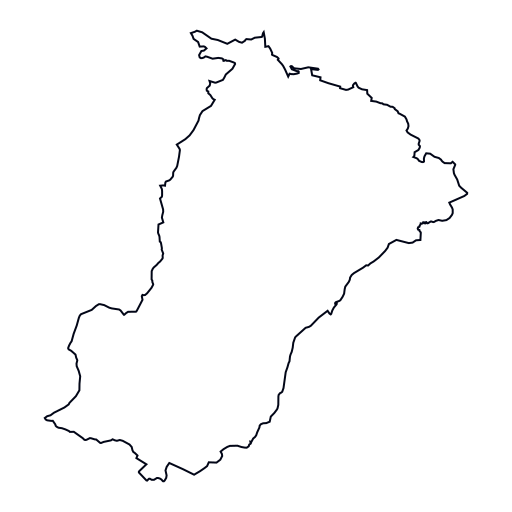 Neaua, Mures, Romania
{"feature_id": "2599482B91391358994256", "entity_name": "Neaua", "entity_type": "district", "adm_level": 2, "iso_a3": "ROU", "parent_name": "Romania", "parent_adm1": "Mures", "projection": "equal_earth", "projection_center": [24.842, 46.484], "detail": "fine", "context": "isolated", "style": "outline", "palette": "ink", "viewbox_px": 512, "rotation_deg": 0, "n_neighbors": 0, "source": "geoboundaries", "source_scale": "gbopen_adm2", "svg_char_len": 5953}
<svg xmlns="http://www.w3.org/2000/svg" viewBox="0 0 512 512"><path d="M194.1,474.7L200.0,471.2L204.5,468.1L207.1,466.1L208.8,462.3L216.5,462.6L220.3,459.7L222.2,456.0L221.9,453.9L220.6,451.6L223.5,449.2L227.3,446.9L229.9,445.9L237.4,445.7L241.4,447.0L244.7,447.6L246.7,447.7L248.7,446.3L249.2,444.6L250.6,443.7L250.9,443.1L250.3,441.9L250.3,441.6L251.3,442.0L253.2,438.5L255.0,437.0L256.2,435.3L257.2,432.3L259.4,427.5L259.7,425.6L260.9,424.2L263.1,423.3L266.3,423.1L269.7,421.7L270.8,416.6L274.3,413.0L277.0,409.4L277.5,408.4L278.3,404.9L278.4,396.3L278.7,394.8L280.2,393.0L281.1,392.7L282.2,391.8L283.5,388.1L285.7,372.2L287.4,367.4L288.6,363.1L289.5,361.3L290.0,356.4L290.6,354.4L291.7,351.9L292.7,347.7L293.3,342.7L295.1,337.5L295.7,336.7L305.6,327.8L308.9,326.9L310.8,325.8L318.7,317.6L327.6,310.8L329.5,313.6L330.7,314.4L331.2,313.9L332.3,310.5L333.9,307.5L336.6,304.3L336.7,303.7L335.2,303.8L335.1,303.4L335.3,302.7L336.0,302.1L338.9,301.1L340.3,300.3L342.6,296.8L344.1,293.7L344.7,289.1L345.3,286.6L348.8,281.9L349.8,279.7L350.1,277.6L351.7,275.0L354.0,273.1L363.0,267.7L366.2,265.3L368.1,265.5L370.4,263.4L373.6,261.5L378.8,257.5L385.1,251.0L387.6,247.7L388.9,244.0L396.4,239.9L408.8,243.1L412.6,242.6L416.0,240.3L420.4,240.0L420.8,232.7L420.5,232.0L419.7,231.3L419.4,230.0L418.2,229.7L417.7,228.7L418.1,227.3L419.4,226.8L419.6,226.3L419.6,225.6L420.6,224.4L420.7,223.4L422.0,223.6L422.7,223.4L423.2,223.0L423.1,222.4L423.9,222.2L424.5,222.7L424.7,223.3L425.5,223.4L425.9,223.1L425.9,222.2L426.3,222.1L427.4,223.3L428.3,223.1L429.3,222.3L431.0,221.4L433.2,222.1L434.2,221.9L435.8,220.9L438.5,220.0L442.2,220.8L446.4,220.1L449.6,218.0L452.0,214.8L452.7,213.1L452.7,209.5L452.0,207.6L450.1,204.5L449.3,202.6L464.3,196.0L467.1,193.9L467.2,192.8L461.1,187.7L459.2,185.7L457.2,179.5L454.5,174.7L453.9,173.1L453.4,169.2L455.2,164.9L455.2,164.4L452.6,161.8L450.8,163.3L444.6,163.1L442.6,161.7L441.5,160.5L441.1,159.7L438.8,158.0L434.5,156.8L430.2,153.7L426.2,153.3L424.5,156.3L424.1,157.7L423.9,158.6L424.0,161.5L423.6,161.9L422.9,162.1L421.7,162.0L419.0,160.8L418.0,159.3L416.8,158.3L413.4,157.0L413.9,156.5L414.4,155.4L414.6,152.2L418.4,150.0L419.6,147.9L419.9,146.9L419.9,146.1L418.7,144.7L418.7,143.6L419.5,141.3L419.6,140.4L419.3,139.7L418.3,138.5L410.6,134.6L407.6,132.4L406.5,130.5L407.8,128.6L408.2,127.2L408.5,126.1L408.2,123.7L407.0,121.2L406.5,119.4L404.9,116.6L399.8,113.8L398.5,113.3L397.7,111.3L394.8,109.1L394.6,108.2L392.6,106.8L390.5,106.7L387.1,104.8L383.4,104.3L382.4,103.4L380.4,103.2L376.3,101.6L371.2,100.9L371.7,97.9L367.3,93.7L367.1,90.1L362.0,89.3L358.6,87.7L357.6,86.5L355.8,82.8L355.5,82.7L354.2,83.6L353.0,85.2L352.9,85.9L353.3,87.2L348.1,89.6L346.0,89.9L340.1,88.2L340.2,86.6L328.4,83.2L320.2,80.3L320.5,77.3L312.2,75.3L311.1,69.3L312.8,69.3L317.9,69.9L318.5,69.4L318.0,68.7L308.3,67.3L300.9,69.0L294.1,68.3L291.7,66.1L290.9,66.1L290.4,66.5L291.9,69.3L296.9,71.2L298.1,71.1L298.7,71.5L298.7,73.0L297.0,73.6L293.7,74.2L291.4,74.1L289.6,73.7L288.2,76.6L285.2,69.8L283.2,66.0L281.9,64.2L277.8,59.8L278.6,58.7L278.4,58.3L277.0,57.0L272.2,54.9L272.0,54.6L272.2,52.9L270.2,48.6L268.5,46.2L265.3,46.8L264.9,38.8L263.7,32.2L263.0,33.2L262.1,36.7L261.4,37.0L254.8,37.7L251.2,39.5L246.4,39.1L245.6,39.7L244.9,40.8L242.0,42.7L239.1,41.9L235.2,39.6L227.3,43.8L217.8,40.0L211.4,38.7L202.2,32.3L196.8,30.7L194.8,31.8L190.9,33.1L192.5,35.8L193.6,38.9L198.1,42.0L199.7,46.6L203.8,46.4L205.0,46.9L206.5,48.4L203.9,50.6L201.4,51.0L199.1,55.1L199.7,57.4L200.8,58.1L202.0,58.1L203.7,57.6L205.4,56.4L207.0,56.7L212.6,58.7L218.3,57.9L221.9,58.4L223.4,59.4L223.3,60.7L223.8,60.9L225.8,60.1L226.8,60.8L229.2,60.8L233.8,62.5L234.9,63.1L235.1,64.0L232.4,68.8L225.8,74.5L224.3,77.6L222.9,79.9L216.1,82.6L215.1,82.7L209.5,81.0L210.2,83.2L209.7,85.6L206.9,88.1L206.6,89.1L206.8,90.7L208.3,91.5L208.3,93.3L210.3,95.0L212.4,98.3L213.3,99.1L214.7,99.8L211.0,105.9L202.5,111.1L199.9,115.1L199.0,118.2L198.5,120.6L193.5,130.1L189.6,135.4L185.3,139.2L176.8,144.6L179.6,148.9L179.9,150.1L179.0,156.8L177.2,165.9L176.4,167.8L173.6,171.6L173.2,172.7L173.1,175.5L172.8,176.6L170.3,179.6L169.2,180.4L166.0,181.5L165.4,182.4L165.0,185.7L163.2,185.4L160.2,185.7L161.9,189.1L162.1,191.1L162.1,195.3L161.9,196.7L160.0,198.5L163.1,209.4L163.2,211.8L162.3,215.2L161.9,217.6L163.3,222.4L158.5,224.5L158.0,232.4L158.3,233.6L159.2,235.6L159.5,236.9L159.8,241.6L160.7,242.2L161.0,243.1L161.9,248.2L161.7,249.6L163.2,253.5L162.6,255.4L162.7,258.0L162.4,258.7L160.1,261.5L158.3,263.0L156.7,264.9L153.7,267.5L152.7,268.9L151.7,271.1L151.6,279.4L152.3,280.6L152.4,282.2L153.1,283.9L153.2,284.5L152.9,285.2L151.5,287.8L147.1,293.3L145.1,295.0L143.5,295.2L142.5,294.9L141.8,296.2L142.5,299.8L137.2,310.0L136.3,311.5L135.9,311.7L128.1,311.8L126.2,313.0L124.2,314.8L123.9,314.8L120.6,310.5L119.1,309.5L111.7,308.4L109.3,307.7L104.2,305.1L100.2,304.2L98.9,304.2L96.0,306.0L91.7,309.9L81.0,314.2L79.8,315.6L78.9,317.7L76.7,325.6L73.7,333.7L71.6,341.3L70.4,343.0L69.1,345.5L68.2,347.9L68.2,348.5L68.7,349.4L71.2,350.8L75.5,354.6L76.2,357.7L77.1,359.7L77.3,360.4L76.5,363.6L76.7,366.2L78.7,370.9L80.2,376.3L79.5,383.7L79.4,390.3L75.9,396.2L69.5,402.8L68.7,404.4L64.4,407.5L54.0,412.7L50.5,415.3L47.2,416.2L44.8,418.0L45.7,419.5L47.1,420.3L51.4,420.9L52.8,420.8L55.3,424.4L55.7,425.8L56.6,426.7L58.4,427.7L61.9,428.2L65.4,429.4L68.9,431.0L69.9,431.9L73.8,431.8L82.7,438.1L84.4,439.8L85.4,440.0L86.5,439.8L89.9,438.1L91.2,438.3L94.8,439.4L96.2,439.5L100.2,442.9L101.0,443.0L103.7,441.9L110.9,440.4L112.6,439.3L114.8,440.3L116.9,440.8L119.8,440.0L122.7,440.8L129.5,444.5L131.7,447.0L132.5,450.4L133.5,452.2L134.4,452.6L137.5,455.5L136.4,458.1L146.4,464.3L139.5,470.9L138.9,471.6L138.9,472.5L146.4,480.4L147.1,480.6L148.9,478.8L149.8,478.7L151.7,479.8L154.0,479.8L156.9,478.0L158.0,478.0L159.8,478.5L161.4,479.5L162.9,481.2L163.8,481.3L164.6,480.6L166.2,477.9L166.6,475.4L165.5,470.4L166.7,466.8L169.3,463.0L183.0,469.2L194.1,474.7Z" fill="none" stroke="#020617" stroke-width="2"/></svg>